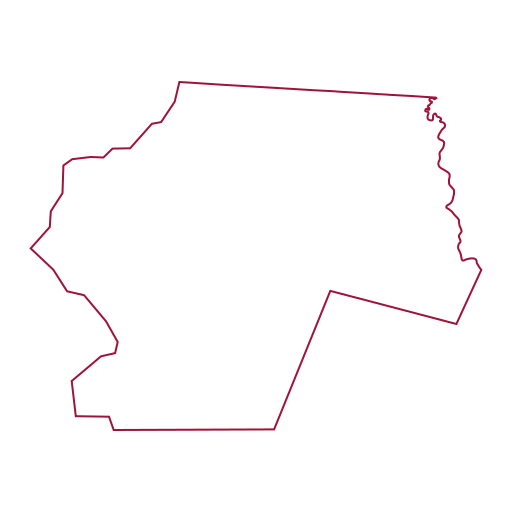 Chuy, Rocha, Uruguay (Mercator projection)
{"feature_id": "84410073B59552855660776", "entity_name": "Chuy", "entity_type": "district", "adm_level": 2, "iso_a3": "URY", "parent_name": "Uruguay", "parent_adm1": "Rocha", "projection": "mercator", "projection_center": [-53.451, -33.738], "detail": "fine", "context": "isolated", "style": "outline", "palette": "rose", "viewbox_px": 512, "rotation_deg": 0, "n_neighbors": 0, "source": "geoboundaries", "source_scale": "gbopen_adm2", "svg_char_len": 3073}
<svg xmlns="http://www.w3.org/2000/svg" viewBox="0 0 512 512"><path d="M179.4,82.0L174.7,101.7L161.1,122.1L151.9,123.8L130.1,148.3L112.5,148.6L103.4,157.5L90.6,157.0L72.2,159.2L63.4,165.5L62.5,193.1L50.8,211.3L49.8,227.0L30.7,248.4L53.3,269.7L67.1,291.3L84.1,295.2L106.1,321.4L117.7,342.0L115.1,353.1L101.0,356.3L71.7,381.0L75.8,416.2L109.0,416.7L113.7,430.0L274.1,429.4L330.3,290.9L456.4,324.0L481.3,269.9L479.1,266.9L477.0,263.4L476.8,262.7L476.5,260.8L476.2,260.1L475.7,259.3L474.4,258.6L473.6,258.4L471.2,258.4L469.8,258.5L468.2,258.9L465.6,259.6L464.1,260.4L463.6,260.5L463.1,260.6L462.7,260.5L462.3,260.2L462.0,259.8L461.7,259.3L461.5,258.2L461.0,255.5L460.8,254.5L460.4,253.3L460.0,252.2L458.8,249.8L458.3,248.7L458.2,248.1L458.1,247.3L458.2,246.4L458.3,245.8L458.5,244.7L458.9,243.8L459.2,243.4L459.5,243.0L460.1,242.5L460.4,242.0L460.5,241.3L460.4,240.3L459.1,237.4L458.9,236.3L459.1,235.3L460.2,233.5L461.2,232.3L461.5,231.6L461.5,230.6L461.3,229.7L459.6,225.8L458.9,222.1L459.0,221.0L458.9,220.0L458.0,218.5L455.8,216.2L454.6,215.0L451.8,211.5L449.2,209.4L446.8,208.0L446.5,207.6L446.3,207.1L446.4,206.7L446.6,206.1L447.2,205.4L448.8,204.5L450.7,203.1L451.9,201.4L452.5,200.2L454.0,194.0L454.1,190.8L453.9,190.0L453.1,188.9L449.5,184.8L449.2,183.8L449.0,182.8L449.0,179.6L449.7,176.5L449.6,174.6L449.1,173.5L447.5,172.0L443.6,169.6L441.6,168.5L440.4,167.7L439.3,166.6L438.7,165.6L438.4,164.4L438.4,163.2L438.6,161.9L439.7,159.6L439.9,158.5L439.9,157.2L439.5,153.9L439.6,153.0L440.0,152.0L442.8,148.3L443.5,146.7L443.9,144.9L444.2,143.1L444.0,142.2L443.6,141.5L442.5,140.6L441.7,140.2L440.8,139.8L440.1,139.6L438.9,138.7L438.5,138.1L438.2,137.5L438.4,136.1L439.2,134.1L442.0,129.6L443.6,128.1L444.6,127.1L444.9,126.4L445.0,125.4L444.9,124.4L444.5,123.6L443.8,122.9L442.9,122.4L440.6,121.9L440.2,121.6L440.0,121.3L440.0,120.8L440.3,120.4L441.0,120.0L441.1,119.4L441.1,118.8L440.6,118.1L440.0,117.7L439.1,117.2L437.4,116.7L436.8,116.2L436.0,114.2L435.7,113.8L435.3,113.6L434.8,113.6L434.4,113.8L434.0,114.2L433.6,114.6L433.2,115.2L433.1,116.1L433.0,117.6L432.9,119.6L432.7,119.9L432.2,120.3L431.5,120.4L430.9,120.4L430.3,120.3L429.5,120.1L428.6,119.7L428.1,119.1L427.6,118.3L427.5,117.0L427.7,115.7L428.1,114.4L428.5,113.7L428.5,113.0L428.4,112.5L427.9,111.9L427.1,111.6L426.5,111.4L426.0,111.5L425.6,111.4L425.3,111.0L425.2,110.5L425.4,109.8L425.6,109.4L426.2,108.9L426.6,108.8L427.0,108.9L427.5,109.2L428.0,109.6L428.5,109.8L429.0,109.8L429.3,109.5L429.4,109.0L429.3,108.4L429.0,107.8L428.4,107.4L428.0,106.9L427.9,106.3L428.2,105.6L428.9,105.2L429.4,105.1L430.0,104.4L430.5,103.5L431.3,102.9L431.8,102.7L431.9,102.2L431.9,101.8L431.5,101.5L430.6,101.3L430.0,101.0L429.6,100.5L429.4,100.0L429.5,99.6L429.7,98.9L430.3,98.3L430.9,98.0L431.3,98.0L431.8,98.0L432.4,98.0L432.9,98.3L433.6,98.8L434.2,99.1L434.8,99.1L435.4,98.8L436.3,98.1L435.8,97.6L412.9,96.1L398.4,95.3L393.1,95.0L389.4,94.8L385.7,94.5L382.0,94.3L378.2,94.1L367.9,93.4L340.7,91.8L333.0,91.2L313.3,90.2L280.5,88.2L223.0,84.8L190.9,82.7L179.4,82.0Z" fill="none" stroke="#9f1239" stroke-width="2"/></svg>